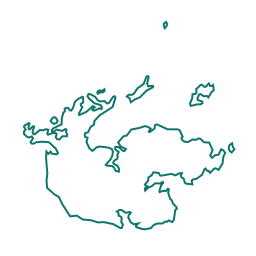 the district of Ongjin, Hwanghae-namdo, North Korea, rotated 175°
{"feature_id": "82179303B18261928237919", "entity_name": "Ongjin", "entity_type": "district", "adm_level": 2, "iso_a3": "PRK", "parent_name": "North Korea", "parent_adm1": "Hwanghae-namdo", "projection": "orthographic", "projection_center": [125.207, 37.865], "detail": "fine", "context": "isolated", "style": "outline", "palette": "teal", "viewbox_px": 256, "rotation_deg": 175, "n_neighbors": 0, "source": "geoboundaries", "source_scale": "gbopen_adm2", "svg_char_len": 4530}
<svg xmlns="http://www.w3.org/2000/svg" viewBox="0 0 256 256"><g transform="rotate(175 128 128)"><path d="M213.8,75.4L209.7,71.1L207.0,68.2L202.9,65.3L200.2,58.1L193.4,45.1L186.5,45.1L181.1,40.8L172.8,39.3L166.0,36.5L160.5,36.4L150.9,33.5L144.3,28.9L142.9,29.0L141.5,32.4L142.9,34.8L142.1,38.5L142.6,40.1L144.9,41.4L145.0,44.3L146.4,45.8L143.5,47.1L141.3,46.7L137.7,43.7L133.7,44.2L132.6,43.3L134.9,40.9L135.5,38.7L135.1,37.8L133.4,33.7L130.4,31.5L126.1,32.0L128.6,30.0L128.4,28.5L122.6,26.1L119.7,25.6L113.7,26.3L111.7,28.5L109.1,29.8L106.3,30.3L102.0,29.9L98.9,31.6L97.3,31.2L95.4,32.4L92.3,30.4L90.5,32.2L88.5,40.0L88.0,42.4L86.4,43.2L86.7,45.1L89.9,48.9L90.5,51.9L92.2,53.8L93.6,60.1L92.7,63.4L93.5,64.0L95.8,61.9L98.3,62.4L102.0,61.4L102.3,62.5L100.0,68.0L97.7,70.2L98.1,71.3L101.0,69.9L105.5,70.6L109.4,68.0L112.9,66.9L114.7,65.5L116.3,64.2L116.5,66.2L113.8,68.2L115.7,69.3L116.1,70.2L112.7,73.5L111.9,77.0L108.6,78.8L106.6,81.7L101.3,80.4L100.3,78.1L99.2,77.6L88.5,78.5L85.1,76.7L80.5,78.4L78.3,78.3L79.6,76.0L78.9,74.0L77.1,73.1L76.4,69.8L76.1,68.6L75.3,67.6L68.8,66.2L69.2,69.8L68.1,71.0L64.2,71.4L58.4,74.8L55.3,80.4L54.4,80.9L52.9,78.4L51.5,78.4L50.2,76.1L46.1,79.7L44.4,80.3L43.3,79.6L41.4,78.4L37.0,84.3L35.4,91.3L34.1,93.5L33.3,94.7L34.9,97.3L37.0,98.7L40.2,93.5L43.3,93.3L43.7,93.3L46.7,91.0L48.5,93.3L45.6,98.6L48.4,106.4L53.6,107.2L56.7,110.9L58.6,111.5L61.5,110.2L64.5,111.0L69.4,108.8L72.5,109.3L74.5,110.7L74.7,111.0L75.7,113.3L74.3,114.5L76.7,121.2L78.5,122.3L88.8,123.3L98.8,129.1L100.6,128.7L101.8,125.0L106.7,122.1L107.6,122.6L105.5,125.5L108.3,127.5L111.3,128.4L116.7,127.0L120.2,126.7L124.9,126.2L129.9,120.6L133.3,120.1L139.0,114.6L137.0,110.4L131.9,107.3L132.9,105.8L134.5,105.3L139.3,110.0L142.3,110.1L142.6,107.9L139.3,104.9L141.1,102.0L140.7,100.3L141.4,98.3L144.3,96.8L145.8,94.8L145.3,93.5L142.3,91.7L141.2,90.0L140.5,87.8L140.9,85.3L144.1,86.4L145.4,89.8L147.1,91.5L152.2,92.3L153.4,93.2L148.0,98.4L146.0,101.7L145.1,106.0L145.9,108.4L149.6,110.3L157.8,112.0L160.8,111.6L165.5,108.3L168.2,111.1L170.6,117.6L169.1,121.9L171.5,122.8L171.8,124.6L171.1,126.7L168.2,127.2L165.2,132.3L161.7,134.2L160.8,138.0L155.3,143.0L141.5,150.3L137.8,159.4L138.5,160.8L140.1,160.4L144.9,154.5L146.8,154.3L149.1,156.9L153.2,156.8L155.7,158.2L158.1,162.0L162.6,165.0L163.9,165.1L164.5,165.2L165.6,163.1L164.0,160.4L159.2,155.5L153.3,153.2L152.1,150.8L152.7,149.2L154.6,150.1L159.9,148.3L161.7,148.7L161.9,149.8L159.3,151.6L161.1,153.0L167.9,147.8L175.4,145.1L175.8,146.4L171.6,152.8L173.0,154.4L173.0,156.0L170.4,157.4L170.1,162.6L170.7,163.1L175.6,161.0L178.5,158.8L181.2,152.4L183.1,150.3L184.5,150.8L185.8,153.1L187.7,153.5L189.4,152.8L189.4,150.2L191.0,149.0L193.0,143.7L193.9,137.4L202.5,134.2L204.0,132.8L204.0,131.1L203.4,131.1L202.1,131.0L199.1,132.6L193.9,130.8L190.5,132.4L189.5,131.8L190.0,129.5L189.1,126.4L189.6,125.1L194.0,125.5L197.5,122.5L199.9,123.2L200.8,125.4L199.6,128.0L200.4,129.2L203.8,129.5L208.2,128.3L208.9,129.3L207.6,133.3L210.2,133.9L213.0,133.0L215.8,133.8L219.7,131.1L221.6,129.8L222.8,130.3L223.5,132.1L221.4,137.7L222.7,137.9L225.7,135.4L226.9,135.4L227.1,137.7L225.8,140.8L226.4,141.6L231.1,139.3L231.5,138.3L230.1,135.4L231.9,133.6L232.1,131.1L229.0,127.6L226.9,127.2L224.6,128.0L223.5,126.0L226.3,122.4L225.5,121.0L223.4,120.6L220.6,121.8L215.6,121.8L214.3,121.8L208.0,120.7L201.8,113.8L199.9,109.2L201.1,108.0L206.3,109.1L207.2,111.2L209.6,109.2L211.3,111.6L212.2,105.6L212.3,99.9L212.3,89.8L213.8,82.6L213.8,75.4ZM63.4,144.5L57.4,145.5L53.5,145.3L51.6,146.3L51.8,147.9L56.0,149.7L56.3,151.3L54.3,155.2L52.7,155.4L49.7,153.0L49.2,153.0L46.7,153.1L45.3,151.5L43.1,154.5L41.8,156.3L39.3,158.1L39.5,163.4L40.8,162.5L42.5,162.8L43.1,164.3L43.6,165.4L46.8,162.4L48.3,162.3L50.7,164.7L52.0,164.5L56.7,160.7L56.7,157.3L57.7,156.1L60.8,156.0L61.4,152.0L64.2,146.9L63.4,144.5ZM126.4,159.5L123.9,157.5L122.9,153.4L118.6,155.9L113.5,157.5L106.3,163.6L99.7,166.3L99.2,167.2L99.5,167.5L99.9,168.0L104.2,167.7L105.1,170.6L103.0,176.6L103.6,178.0L105.0,177.7L108.7,170.4L115.1,166.7L119.1,161.7L121.2,160.7L124.6,161.0L126.4,159.5ZM202.2,144.7L204.5,142.0L203.6,140.3L201.2,138.5L198.4,139.6L197.5,141.3L199.1,144.6L200.5,145.2L202.2,144.7ZM28.3,102.2L29.1,100.4L29.4,98.3L28.7,96.3L26.9,94.6L23.9,97.4L25.3,100.4L25.6,103.7L28.3,102.2ZM155.6,165.8L155.0,164.7L152.4,166.1L150.1,165.7L148.2,166.7L148.1,168.6L151.0,167.1L152.7,167.9L154.6,167.5L155.6,165.8ZM83.2,228.7L83.5,226.5L82.6,224.2L80.8,226.0L79.9,228.3L80.9,230.4L83.2,228.7Z" fill="none" stroke="#0f766e" stroke-width="2"/></g></svg>